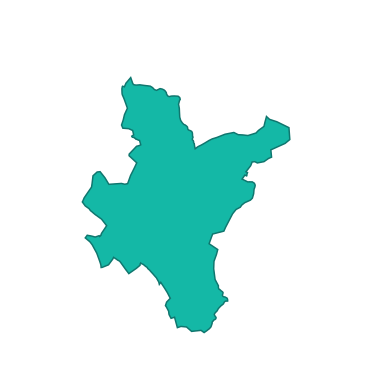 the district of Dawakin Kudu, Kano, Nigeria, rotated 242°
{"feature_id": "59680162B24430291126178", "entity_name": "Dawakin Kudu", "entity_type": "district", "adm_level": 2, "iso_a3": "NGA", "parent_name": "Nigeria", "parent_adm1": "Kano", "projection": "orthographic", "projection_center": [8.658, 11.798], "detail": "fine", "context": "isolated", "style": "filled", "palette": "teal", "viewbox_px": 384, "rotation_deg": 242, "n_neighbors": 0, "source": "geoboundaries", "source_scale": "gbopen_adm2", "svg_char_len": 4461}
<svg xmlns="http://www.w3.org/2000/svg" viewBox="0 0 384 384"><g transform="rotate(242 192 192)"><path d="M157.1,229.8L157.8,233.5L157.4,239.8L158.2,242.4L161.5,245.6L165.2,248.0L167.0,250.0L168.4,251.0L170.4,251.2L172.6,250.0L173.9,247.7L174.8,245.9L179.9,242.3L182.1,246.6L180.6,247.8L181.2,248.5L181.4,248.5L181.8,248.7L182.0,248.9L182.1,249.0L183.0,250.1L184.5,249.1L187.7,256.2L190.3,259.2L189.2,261.8L187.0,263.3L185.0,269.8L185.7,275.4L185.4,278.6L192.2,281.4L191.2,297.0L192.4,303.0L203.3,307.8L214.2,299.9L219.7,294.6L223.7,293.2L223.0,292.6L222.8,292.4L219.4,289.2L216.1,286.3L216.1,286.2L215.2,279.8L215.0,279.1L214.0,276.1L214.2,275.3L215.6,267.9L218.5,263.7L220.5,260.4L220.9,259.7L224.9,256.9L227.5,248.3L228.5,239.5L229.4,234.8L229.5,231.3L229.2,226.0L229.1,222.1L229.2,220.1L229.2,218.4L228.7,215.1L230.5,215.6L232.1,216.1L233.6,216.7L234.9,216.6L236.1,217.2L237.0,217.2L237.8,216.8L238.7,217.2L239.4,218.0L240.0,218.7L240.8,218.6L241.8,219.1L242.9,219.6L243.8,220.0L244.9,220.2L245.8,220.1L246.8,219.4L247.6,218.8L248.3,218.1L249.2,217.8L250.3,218.1L251.5,218.5L252.7,218.2L254.3,217.5L255.5,216.5L257.5,215.9L260.5,215.6L263.8,216.3L267.7,218.1L271.9,220.1L275.8,221.3L278.7,224.0L279.2,225.0L280.1,225.3L281.2,225.5L283.1,224.7L285.2,221.3L285.8,220.0L286.4,218.8L286.9,216.7L288.1,215.7L290.3,215.5L291.9,216.0L294.0,215.7L295.3,215.2L296.9,214.0L298.3,212.3L298.4,208.4L300.1,206.9L302.7,206.2L305.1,204.8L308.5,199.9L311.1,196.3L312.6,192.9L313.9,191.1L315.4,190.6L321.8,191.6L319.1,184.8L316.6,181.7L318.0,180.4L317.9,180.1L316.1,178.6L315.5,178.3L313.3,177.2L311.8,176.5L310.9,176.2L310.6,176.1L309.1,176.0L306.4,175.8L302.9,175.3L296.3,174.3L292.0,168.7L287.7,164.9L284.2,161.2L280.8,160.9L277.6,165.9L274.8,168.0L274.2,168.5L269.8,167.3L269.6,165.0L269.1,164.9L268.8,165.0L268.6,165.0L268.4,165.1L268.2,165.3L268.0,165.5L267.8,165.9L267.7,166.1L267.4,166.4L267.3,166.6L266.7,166.5L266.5,166.8L266.4,166.8L266.2,166.9L266.1,167.0L265.8,167.1L265.7,167.1L265.6,167.3L265.4,167.4L264.9,167.3L264.7,167.5L264.4,168.0L264.1,168.2L263.8,168.5L263.3,168.7L263.0,169.0L262.7,169.3L262.4,169.6L262.2,169.9L257.7,168.9L257.8,167.1L257.9,166.7L258.4,164.5L255.0,154.4L254.0,153.7L253.5,153.5L243.7,156.9L241.2,153.6L237.8,148.9L235.5,145.6L229.6,139.1L230.4,136.3L232.7,133.7L237.8,122.2L245.5,121.8L253.1,120.4L254.2,117.6L252.8,112.2L246.3,107.7L243.5,105.6L237.5,94.1L235.2,91.3L234.7,90.5L229.8,91.2L225.6,93.3L223.3,93.6L217.6,95.9L210.5,99.4L202.3,100.8L197.9,92.6L197.1,91.8L196.9,91.7L196.7,91.5L196.7,91.3L196.5,91.2L196.4,91.0L196.4,90.9L196.3,90.6L196.2,90.3L196.2,89.9L196.1,89.6L196.7,89.5L197.0,89.5L197.7,85.3L199.2,83.8L200.7,82.1L202.1,80.3L203.0,79.2L201.6,76.2L195.9,78.5L192.3,79.1L182.7,79.2L174.2,78.0L171.8,77.6L169.9,77.1L168.0,76.3L167.6,77.4L166.9,84.1L169.9,90.4L171.1,92.1L168.0,93.8L166.9,94.3L165.0,95.6L163.6,95.9L154.5,97.1L151.7,97.6L149.6,97.9L150.7,107.0L151.7,111.7L152.8,112.4L153.4,113.4L152.9,113.5L152.3,113.9L151.7,114.4L150.9,115.0L148.4,116.0L147.4,116.5L146.7,116.9L146.5,117.0L145.9,117.0L145.2,117.0L143.6,117.6L142.6,118.0L142.3,118.0L141.4,118.2L139.8,118.6L138.7,118.9L137.4,119.2L136.1,119.5L135.2,119.7L134.4,119.9L132.9,120.3L131.0,120.3L128.4,120.4L127.7,120.3L126.2,119.9L125.8,119.8L126.9,122.0L119.4,122.7L114.6,123.0L109.3,122.9L108.4,123.0L106.7,117.9L104.1,115.2L102.7,115.4L97.7,115.4L95.7,114.6L94.5,114.2L90.3,114.2L89.6,117.8L89.2,117.7L79.1,115.4L78.5,119.1L75.4,123.8L69.1,126.2L68.3,128.3L65.6,135.0L62.2,136.7L62.6,140.0L63.0,142.1L63.1,143.1L63.5,144.1L63.9,145.2L64.4,145.8L64.7,146.2L65.4,146.9L66.4,148.0L67.2,148.4L67.9,149.1L68.1,150.0L68.6,150.9L68.7,151.9L68.6,152.3L68.9,153.5L69.4,154.0L70.1,154.4L71.1,154.1L72.2,154.1L73.3,154.1L73.9,154.7L74.1,155.1L74.3,155.5L74.6,156.3L74.9,157.2L75.1,158.0L75.5,158.8L76.2,159.7L76.7,160.7L77.3,162.1L77.6,163.4L78.0,164.4L78.1,165.5L78.5,167.3L78.8,167.7L79.3,168.3L79.7,169.0L79.9,169.9L79.8,170.8L79.5,171.2L79.2,171.7L79.0,172.3L79.6,172.6L79.9,172.8L81.0,173.1L81.9,173.1L82.5,172.7L83.9,171.8L84.1,171.5L84.6,170.8L85.4,170.3L86.2,170.3L86.9,170.6L87.1,170.9L88.4,172.1L89.5,172.1L90.3,171.7L90.9,171.4L91.8,171.1L92.4,170.9L92.9,170.7L93.6,170.2L94.9,170.3L96.0,170.8L96.8,171.3L98.3,171.3L103.9,171.3L114.0,175.1L120.4,178.8L125.4,184.3L129.1,187.7L138.3,182.8L143.2,188.2L145.2,190.5L142.5,201.8L145.1,205.1L153.7,217.6L155.9,222.7L155.9,227.5L157.1,229.8Z" fill="#14b8a6" stroke="#0f766e" stroke-width="1.5"/></g></svg>